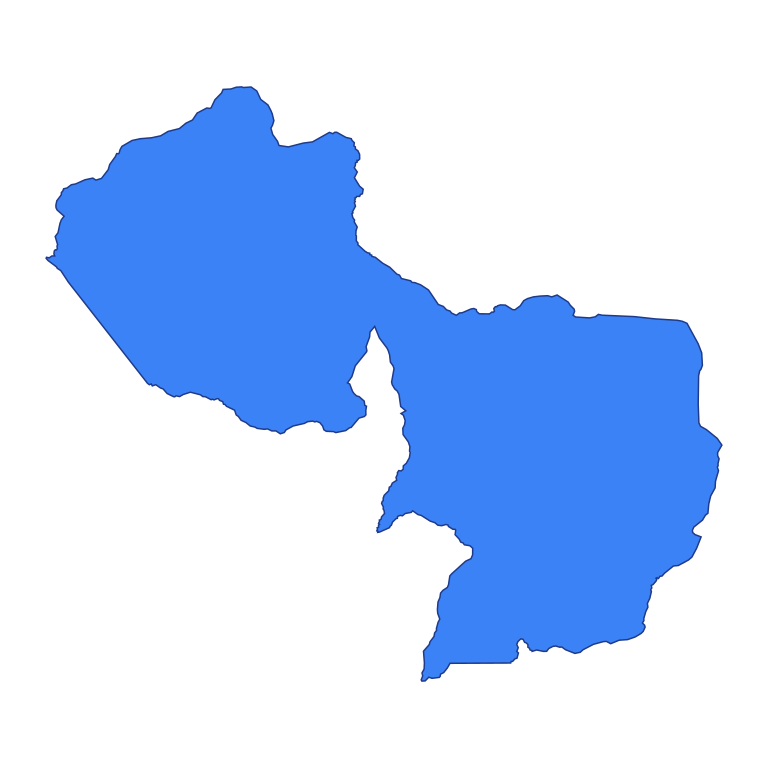 Espejo, Carchi, Ecuador (Mercator projection)
{"feature_id": "8360857B16708852637049", "entity_name": "Espejo", "entity_type": "district", "adm_level": 2, "iso_a3": "ECU", "parent_name": "Ecuador", "parent_adm1": "Carchi", "projection": "mercator", "projection_center": [-78.037, 0.708], "detail": "fine", "context": "isolated", "style": "filled", "palette": "blue", "viewbox_px": 768, "rotation_deg": 0, "n_neighbors": 0, "source": "geoboundaries", "source_scale": "gbopen_adm2", "svg_char_len": 6086}
<svg xmlns="http://www.w3.org/2000/svg" viewBox="0 0 768 768"><path d="M643.8,618.5L645.8,611.5L647.9,607.2L647.4,603.4L649.8,598.3L651.4,591.5L650.7,589.7L651.8,588.0L651.3,585.4L653.1,584.5L656.1,581.0L656.8,579.3L656.0,578.2L656.9,577.6L658.5,578.5L659.9,576.3L662.1,576.0L664.4,573.3L673.4,566.0L678.3,565.5L688.5,560.0L691.9,557.1L696.6,548.3L701.1,536.9L695.0,534.6L692.7,532.5L692.4,530.3L693.8,527.1L702.5,520.1L705.5,515.1L707.9,513.3L708.8,503.8L710.7,495.9L715.1,487.9L715.5,481.2L718.5,470.8L717.3,467.0L718.1,465.8L718.0,463.6L719.1,458.8L717.7,455.9L717.6,452.6L721.9,445.1L717.2,438.4L706.4,429.6L700.5,426.3L698.9,422.8L698.2,404.0L698.6,375.8L699.7,370.8L700.9,369.4L702.4,365.4L701.7,352.9L698.2,343.8L687.0,323.3L682.4,321.3L677.5,320.3L655.2,318.9L634.2,316.6L602.1,315.2L598.4,314.4L595.3,316.8L589.5,317.9L575.6,317.0L573.1,315.3L574.6,311.3L574.1,309.1L570.3,305.3L568.1,302.0L557.1,295.0L551.7,296.9L547.7,295.7L539.9,296.1L533.3,296.9L527.5,298.6L523.7,300.7L520.3,305.8L514.9,309.8L512.6,309.6L505.4,305.1L500.4,304.9L497.5,305.8L496.8,306.7L495.3,306.7L493.8,308.5L494.4,311.4L493.1,312.3L492.0,312.0L489.5,313.9L479.3,313.8L476.7,311.5L476.3,309.6L473.8,308.5L470.9,309.0L462.1,312.8L459.6,312.9L456.3,315.3L451.5,313.0L450.1,311.1L446.6,309.9L443.3,306.4L438.3,304.5L428.5,290.0L420.6,284.8L414.8,282.6L411.9,282.4L410.7,280.8L401.4,278.5L399.5,275.1L396.8,274.1L389.7,267.2L382.8,263.3L375.3,257.3L371.9,256.4L371.7,255.1L369.8,254.6L369.8,253.2L367.6,252.8L365.1,251.3L357.8,244.7L358.0,243.1L356.3,240.8L356.4,236.0L355.8,235.1L356.0,230.9L357.2,227.0L354.2,221.8L354.6,220.1L352.8,217.6L351.9,213.6L353.0,212.9L352.5,211.8L355.5,206.2L354.4,202.7L355.3,201.6L354.6,200.3L355.2,199.3L354.9,198.0L356.0,197.6L356.7,196.4L359.6,196.4L360.5,194.5L362.4,193.8L363.2,189.2L359.6,186.2L354.4,177.7L357.3,172.0L354.3,167.8L355.3,165.6L355.6,162.7L357.2,162.1L357.0,160.4L358.2,160.5L359.7,159.0L359.6,154.3L357.8,150.6L355.5,149.1L355.3,146.8L353.9,145.9L354.3,142.7L352.0,140.4L351.3,138.7L345.9,137.4L336.8,132.3L334.7,132.3L332.9,133.7L329.4,132.4L312.5,141.9L303.2,143.1L288.4,146.9L279.0,145.5L277.5,141.3L272.7,134.5L270.9,128.1L272.4,125.5L273.9,120.7L272.2,113.7L270.8,110.4L268.0,105.0L260.7,99.4L256.8,91.0L251.1,87.0L243.5,87.5L241.7,86.9L236.3,87.2L230.9,89.0L223.1,89.4L221.6,92.9L214.9,99.8L211.1,107.8L209.8,108.4L206.8,108.0L197.2,113.0L192.5,120.0L185.9,123.2L179.3,128.6L168.1,131.4L160.7,135.8L151.4,137.8L140.3,138.7L132.0,140.5L121.9,146.4L120.1,149.6L119.2,152.9L118.6,153.7L116.7,153.6L115.3,156.7L109.7,164.5L108.2,169.7L101.5,178.4L95.9,180.1L92.8,178.1L84.9,179.8L75.4,184.0L71.4,184.7L67.0,188.0L63.6,188.8L62.8,191.0L61.4,192.5L61.3,194.8L56.8,200.8L55.9,205.2L56.0,207.7L57.1,210.0L64.1,216.2L61.4,219.7L60.0,223.3L58.0,232.8L55.2,236.5L57.6,244.6L57.0,246.1L57.3,248.4L56.6,249.9L55.3,249.8L54.3,250.9L53.9,253.9L54.7,255.9L51.8,256.0L49.3,257.8L46.5,257.3L46.1,258.3L48.0,260.5L56.5,266.9L57.3,268.4L60.8,270.6L68.4,282.2L147.4,383.2L149.3,384.7L151.3,384.0L152.3,385.9L155.8,384.7L160.5,388.0L163.1,388.9L167.1,393.5L173.6,396.7L174.8,396.8L176.1,395.8L179.6,396.6L183.2,394.5L190.4,392.2L200.5,394.8L202.8,396.6L205.4,396.7L211.1,399.7L212.6,399.2L214.0,399.9L217.3,398.6L218.6,398.8L219.5,400.4L222.7,401.6L223.5,404.2L225.1,404.5L226.5,406.3L234.6,410.2L236.2,414.9L238.4,416.5L241.1,420.3L245.9,422.5L250.2,426.0L255.0,427.1L257.2,428.4L264.3,429.3L267.6,428.9L271.7,430.9L275.9,430.9L280.3,433.8L284.3,432.5L286.0,429.9L293.1,426.0L304.4,423.4L307.6,421.7L312.7,421.1L314.7,421.9L316.8,421.4L319.9,422.7L322.6,426.0L323.9,429.8L326.3,431.3L333.5,431.6L335.8,432.6L345.7,430.6L349.5,427.8L351.2,427.4L359.0,418.1L364.4,416.5L365.9,414.9L365.8,410.6L366.5,406.2L364.8,405.4L364.2,401.1L359.1,396.6L356.5,395.9L354.1,393.6L352.6,391.5L349.7,384.0L347.5,382.9L351.9,376.6L355.3,365.8L366.5,351.9L366.9,350.8L366.1,346.6L369.6,337.0L370.0,332.1L374.7,326.4L379.4,338.0L387.0,348.1L388.3,350.8L389.6,354.9L390.4,362.1L393.2,366.1L394.0,368.7L391.6,382.1L392.2,384.6L394.8,389.0L397.2,391.0L399.0,394.4L400.7,406.5L405.8,410.8L401.0,413.5L403.4,415.2L405.2,420.7L404.5,424.9L402.8,428.2L403.1,434.6L408.3,441.9L409.9,446.7L409.5,451.1L410.2,452.4L409.4,457.7L406.3,463.3L403.3,465.9L403.2,469.2L401.2,470.9L398.7,470.6L397.3,472.9L397.6,474.0L396.0,477.5L396.7,480.3L392.3,483.1L390.9,486.3L389.3,487.2L388.7,490.8L384.2,495.3L383.2,498.1L383.2,500.6L382.2,501.5L381.6,503.5L383.4,507.1L383.1,508.9L384.1,510.5L384.5,513.5L381.6,516.8L381.0,519.4L379.3,520.1L379.6,521.1L378.5,523.5L379.5,524.4L378.5,525.2L378.6,527.2L377.1,527.8L377.5,529.0L376.8,530.9L377.9,531.2L377.7,532.4L379.5,532.1L389.6,527.6L389.9,526.4L391.4,525.2L392.5,522.1L396.0,518.7L397.4,518.3L397.5,516.6L398.4,516.0L400.4,515.4L402.4,515.8L405.2,513.5L411.2,512.4L412.7,510.8L418.0,514.6L421.2,515.4L430.2,521.1L434.9,522.7L437.8,525.2L441.7,525.7L445.9,524.5L448.0,525.1L448.5,526.5L452.9,529.3L455.1,529.3L455.7,530.1L455.1,534.7L459.1,539.0L460.7,542.1L463.0,542.9L464.4,544.8L469.8,545.7L472.7,548.2L472.6,554.9L471.0,558.7L465.6,561.2L451.6,573.9L449.8,576.0L448.5,584.8L447.3,587.5L443.0,590.3L440.6,593.1L439.9,597.6L438.0,602.0L437.4,609.4L437.7,613.3L439.8,619.1L438.1,622.3L436.4,628.5L436.6,630.3L434.6,633.0L434.0,636.5L430.0,641.8L429.3,644.5L423.5,651.2L424.4,663.0L424.1,669.1L422.0,672.9L422.7,676.0L421.2,679.9L421.9,681.1L425.2,680.9L428.8,677.2L432.0,678.3L439.3,677.4L440.2,676.3L440.5,674.2L443.7,672.6L447.4,667.9L450.0,663.3L510.7,663.0L511.2,661.4L512.6,661.4L515.0,658.8L517.0,658.2L518.4,652.9L516.8,651.5L518.2,647.7L516.8,644.5L517.8,641.7L520.7,638.9L523.1,639.3L524.6,642.3L526.1,642.8L527.9,644.5L527.9,647.2L529.4,648.2L530.1,650.0L531.9,650.5L532.1,651.4L536.6,650.0L543.5,651.4L546.7,651.3L548.8,648.5L552.9,646.4L555.7,646.0L559.7,647.2L561.8,647.0L565.5,649.7L574.9,653.4L580.2,652.3L583.1,649.7L593.5,644.3L603.5,641.6L606.4,641.4L610.7,643.7L619.2,640.2L627.6,639.6L635.1,637.0L641.0,633.5L643.2,631.4L645.1,627.1L644.6,625.2L642.4,623.0L643.9,620.7L643.8,618.5Z" fill="#3b82f6" stroke="#1e3a8a" stroke-width="1.5"/></svg>